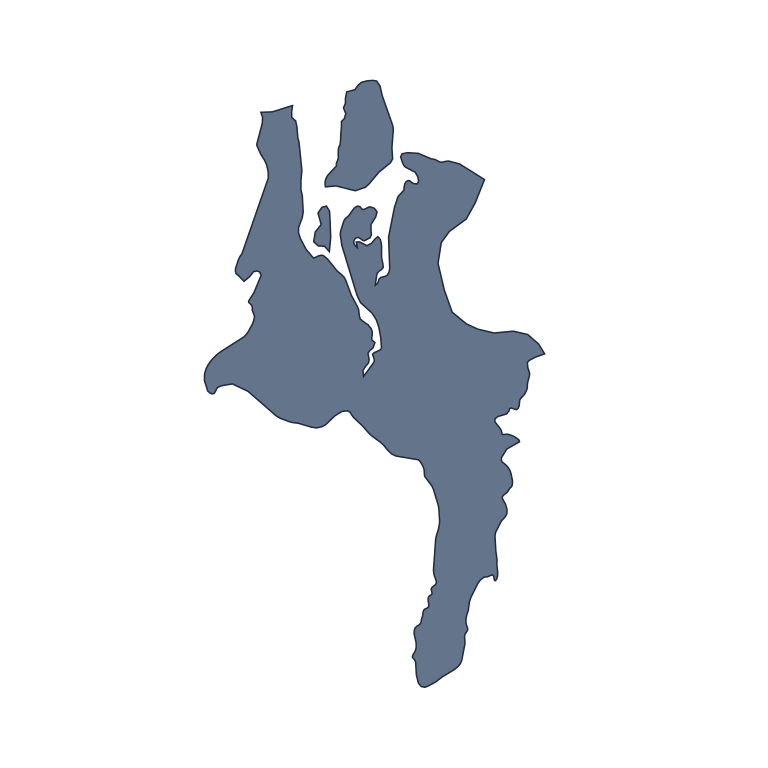 an SVG outline of Guayas, rotated 159°
{"feature_id": "ECU-1280", "entity_name": "Guayas", "entity_type": "Province", "adm_level": 1, "iso_a3": "ECU", "parent_name": "Ecuador", "parent_adm1": "", "projection": "robinson", "projection_center": [-79.898, -1.951], "detail": "fine", "context": "isolated", "style": "filled", "palette": "slate", "viewbox_px": 768, "rotation_deg": 159, "n_neighbors": 0, "source": "natural_earth", "source_scale": "10m", "svg_char_len": 5863}
<svg xmlns="http://www.w3.org/2000/svg" viewBox="0 0 768 768"><g transform="rotate(159 384 384)"><path d="M369.6,676.7L372.6,671.3L374.6,666.0L372.2,661.3L373.1,655.3L376.2,644.8L376.7,640.1L384.1,612.9L389.1,602.7L389.6,601.0L391.9,595.3L392.8,589.0L397.8,573.5L400.5,568.9L407.6,560.7L409.6,555.9L409.9,549.5L408.4,537.5L405.2,528.2L404.5,526.7L399.3,527.1L396.6,526.8L394.7,525.8L391.9,520.8L387.3,506.5L384.4,501.2L382.9,497.9L382.5,494.2L382.7,478.6L381.1,466.1L381.0,462.6L382.5,456.8L382.9,453.1L381.8,451.5L381.4,450.5L378.4,445.9L377.6,445.1L377.3,443.3L376.6,442.0L376.1,440.1L376.2,436.9L377.4,434.0L378.9,431.7L379.5,429.3L377.6,426.0L381.3,421.6L385.0,420.4L387.9,418.5L389.1,412.2L390.9,409.2L394.8,407.2L398.7,404.2L400.4,398.4L386.4,407.4L384.9,408.8L384.2,411.1L384.1,415.8L382.4,416.7L374.7,417.3L373.0,419.5L372.6,421.6L370.5,428.1L368.5,438.8L368.2,446.5L369.7,454.3L376.8,468.4L377.4,476.6L373.7,528.6L371.2,539.5L369.6,542.4L363.1,550.6L360.8,552.3L357.0,553.6L348.8,558.9L345.4,559.7L343.0,558.4L341.7,554.8L339.8,554.1L334.7,554.7L333.0,554.1L330.0,551.5L328.8,547.1L331.9,542.9L339.0,537.5L341.1,531.9L342.2,527.9L344.6,525.5L351.0,524.7L352.5,525.8L353.9,528.1L355.7,530.2L358.3,530.4L360.6,528.8L361.6,526.6L361.5,523.8L360.1,520.9L359.0,526.5L355.8,525.4L350.3,519.2L345.1,519.9L340.4,522.6L336.9,523.8L335.6,520.1L336.6,514.2L341.0,502.8L342.0,496.4L342.9,493.1L345.1,491.8L347.8,491.2L350.3,490.0L352.0,487.9L356.8,479.3L354.7,479.9L353.5,480.7L351.0,483.7L349.0,484.6L344.2,484.1L342.0,484.4L339.4,486.5L337.3,489.7L327.1,519.5L311.0,545.1L303.7,554.0L296.0,557.8L294.3,561.3L292.5,563.8L290.3,565.2L288.1,565.2L286.8,564.1L286.0,562.4L284.8,560.7L281.3,558.9L279.0,560.9L278.2,565.3L279.0,570.7L279.9,571.5L286.4,578.9L287.2,581.1L287.4,584.2L287.1,590.0L284.7,592.4L279.3,591.6L269.4,587.1L259.4,577.5L255.9,575.3L252.9,571.9L251.5,570.7L250.0,570.2L245.8,569.6L243.6,568.9L234.6,562.4L216.9,538.8L234.0,520.3L248.1,508.5L268.3,503.0L279.8,495.5L290.3,477.3L294.0,450.2L294.6,426.6L285.5,410.6L276.9,401.7L263.0,392.2L244.4,387.0L232.1,378.7L225.4,366.2L223.2,354.5L233.0,354.8L239.8,354.0L241.7,353.2L242.8,351.8L243.2,349.9L243.8,348.2L244.0,346.1L244.0,343.8L244.5,340.9L246.4,337.9L248.4,335.3L250.2,332.4L251.5,329.2L253.3,326.8L256.1,324.3L258.4,323.0L261.8,321.5L263.2,320.0L265.5,315.3L267.3,313.4L269.3,312.5L271.0,313.6L272.8,315.2L274.3,316.2L275.7,315.8L277.1,314.0L280.2,312.1L289.5,312.8L292.8,311.7L294.0,309.0L291.6,301.2L291.2,298.7L291.4,296.6L291.7,295.2L291.1,294.2L289.6,293.7L287.1,293.1L284.9,291.7L281.8,288.9L279.3,285.5L278.0,283.3L278.2,281.5L292.6,279.3L300.6,273.2L301.8,270.8L301.7,269.0L299.0,264.4L298.0,261.5L297.4,258.2L297.5,255.1L298.6,248.0L299.7,245.0L301.2,242.8L302.3,242.1L303.8,241.6L307.5,238.9L312.8,237.2L314.1,236.0L314.5,234.4L313.6,228.1L314.1,222.8L315.7,219.0L318.3,216.6L323.5,214.0L332.8,205.7L334.8,202.4L339.5,187.8L341.4,179.6L343.6,174.3L345.1,168.1L346.7,164.1L348.9,161.4L350.4,160.4L351.2,160.9L351.0,162.9L350.5,165.3L350.9,166.6L352.2,167.1L355.9,166.9L357.7,167.2L359.7,167.9L364.2,166.5L367.6,164.4L379.7,153.3L382.5,149.7L386.4,142.5L389.5,138.7L391.3,135.9L392.5,133.3L393.1,131.2L393.4,129.3L393.3,127.4L393.6,125.1L394.7,123.7L398.3,121.1L399.6,118.6L400.5,115.2L401.6,112.3L410.6,97.9L413.0,95.5L415.9,93.8L419.7,92.4L434.9,89.6L442.6,87.3L450.9,86.2L454.6,86.2L457.7,88.3L459.1,92.4L458.0,101.0L454.2,112.8L454.2,115.3L455.0,117.3L455.4,118.9L453.9,121.0L452.0,122.3L450.1,124.0L448.6,126.1L447.4,129.1L446.7,131.3L445.3,140.5L444.0,143.2L442.4,145.1L440.4,146.1L438.2,146.4L436.1,147.2L434.5,148.7L433.7,150.4L431.1,153.6L428.9,157.6L427.3,159.1L423.6,159.5L422.1,160.2L421.2,162.0L420.6,165.3L420.0,167.3L419.1,168.9L417.7,169.8L416.1,170.2L415.1,170.3L414.3,171.1L413.9,172.4L413.5,175.5L412.6,176.6L411.4,177.2L408.8,177.9L407.8,178.3L406.8,179.1L406.1,180.3L405.8,182.0L405.7,187.3L405.2,190.1L404.5,192.6L391.3,220.8L389.4,223.7L385.2,229.0L382.2,233.9L381.1,236.4L377.3,248.5L376.8,251.6L375.6,268.5L375.8,271.4L379.1,283.0L378.8,284.8L377.3,289.5L377.1,292.7L377.6,296.6L378.2,299.1L379.2,301.0L398.6,312.4L402.0,316.0L404.5,321.4L406.3,327.2L408.5,331.4L414.3,340.4L415.9,343.8L419.2,352.8L424.5,363.8L425.9,369.9L427.8,372.1L433.1,373.4L441.3,371.9L453.3,366.8L457.5,366.4L462.6,367.1L467.2,369.7L478.0,378.0L483.2,380.8L486.1,382.9L493.1,389.1L495.9,392.6L513.6,425.9L525.5,438.4L535.1,440.4L537.9,440.6L540.6,440.4L542.2,439.4L543.7,437.7L545.9,436.1L548.1,436.3L550.0,438.4L551.1,440.6L550.4,451.6L548.2,457.1L546.9,459.1L544.5,462.1L541.3,465.0L535.8,468.5L530.3,471.0L525.7,472.5L497.9,478.2L495.0,479.6L491.7,481.7L485.3,487.2L482.8,490.1L480.6,493.6L480.6,500.0L479.6,502.4L479.3,504.4L480.1,506.6L481.0,508.5L480.7,509.9L472.9,515.7L459.7,529.5L460.0,533.2L462.0,535.0L465.5,535.6L471.1,532.3L477.9,530.0L480.8,536.9L482.6,540.0L482.2,543.0L480.8,545.6L475.6,551.9L473.6,553.9L472.2,555.1L470.8,555.9L469.7,556.8L418.1,617.9L415.9,624.3L415.0,631.1L415.4,636.1L416.8,643.3L417.2,651.0L417.1,653.1L404.3,670.9L402.7,674.3L401.8,676.6L401.6,681.8L392.0,678.5L389.6,678.0L371.5,676.9L369.6,676.7L369.6,676.7ZM330.9,574.3L341.6,574.7L357.8,586.1L368.0,589.0L367.6,591.0L366.9,593.0L366.0,594.7L364.8,596.3L362.1,598.8L350.3,604.6L349.5,606.9L346.2,610.5L345.4,612.0L344.0,616.1L342.1,620.2L340.1,622.5L339.6,622.6L337.1,627.4L334.3,633.8L331.3,639.9L329.7,644.3L325.9,646.0L322.8,650.1L322.9,656.3L319.3,660.1L317.9,664.0L314.1,670.1L305.7,669.2L301.0,672.3L297.0,673.7L291.2,673.1L285.7,671.5L282.3,669.5L280.9,663.6L282.3,654.1L283.2,622.0L284.0,618.4L291.9,601.8L295.3,591.0L298.7,588.2L313.0,583.5L326.0,576.2L330.9,574.3ZM387.6,527.1L390.1,533.9L395.9,536.4L398.7,542.0L393.7,550.6L385.5,555.4L384.4,567.2L378.7,571.2L374.0,570.8L372.9,564.8L376.2,554.6L381.2,540.0L387.6,527.1Z" fill="#64748b" stroke="#1e293b" stroke-width="1.5"/></g></svg>